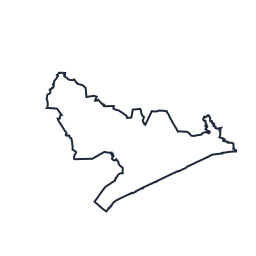 Krimūnu pag., Dobele, Latvia, rotated 141°
{"feature_id": "27541924B60795581291869", "entity_name": "Krimūnu pag.", "entity_type": "district", "adm_level": 2, "iso_a3": "LVA", "parent_name": "Latvia", "parent_adm1": "Dobele", "projection": "albers", "projection_center": [23.378, 56.558], "detail": "fine", "context": "isolated", "style": "outline", "palette": "slate", "viewbox_px": 256, "rotation_deg": 141, "n_neighbors": 0, "source": "geoboundaries", "source_scale": "gbopen_adm2", "svg_char_len": 5328}
<svg xmlns="http://www.w3.org/2000/svg" viewBox="0 0 256 256"><g transform="rotate(141 128 128)"><path d="M144.3,212.4L146.2,213.5L146.7,214.3L148.3,214.0L149.8,213.9L149.5,212.8L149.8,212.4L150.0,212.3L151.3,212.2L152.8,211.4L153.2,211.4L154.8,211.1L155.7,210.9L156.2,210.7L156.4,210.5L157.0,209.6L157.8,209.0L158.5,209.3L158.8,209.2L159.0,208.8L159.1,208.3L159.0,207.8L159.1,207.5L159.2,207.3L160.7,206.5L161.2,206.6L161.6,206.9L161.9,207.0L162.1,206.9L162.4,206.6L162.6,206.5L163.1,206.4L163.4,206.6L164.2,207.1L164.7,207.1L165.2,205.5L165.5,205.1L165.6,204.9L166.7,204.2L167.3,204.1L169.1,204.6L170.0,204.4L170.3,204.2L171.3,203.1L172.8,202.1L173.0,201.7L173.7,199.6L175.4,196.9L176.3,196.0L177.3,195.1L177.9,194.6L178.3,194.6L177.4,193.6L176.8,193.3L171.0,187.7L171.0,186.7L171.4,180.2L172.0,180.9L175.1,178.3L176.7,179.5L177.5,177.1L178.5,167.7L178.7,167.1L178.9,162.8L179.0,162.6L180.7,161.9L180.9,161.5L180.9,161.4L180.4,160.6L178.4,159.2L179.3,157.1L179.2,156.8L178.6,155.7L179.7,153.3L183.2,147.7L184.5,146.4L184.7,146.1L183.9,144.1L183.5,141.9L185.1,141.0L186.1,140.8L186.8,140.5L188.9,138.7L189.3,137.7L188.1,136.5L185.1,134.3L177.5,128.4L175.0,126.5L166.2,125.1L161.5,124.3L159.7,122.2L157.2,119.7L156.3,119.3L156.4,119.1L156.3,118.6L156.3,118.3L156.6,118.0L157.4,117.9L157.5,117.7L157.3,117.5L157.1,117.4L156.7,117.4L156.4,117.6L156.2,117.6L156.2,117.3L156.4,117.1L156.4,116.0L156.5,115.9L157.1,116.1L157.3,116.4L157.5,116.4L157.7,115.9L157.3,115.4L157.3,115.1L157.9,115.0L158.4,115.2L158.6,115.2L159.6,114.3L159.8,113.8L159.6,113.3L159.6,112.3L159.5,111.9L159.2,111.6L158.5,111.0L158.2,110.9L157.7,111.0L157.1,111.3L156.8,111.2L156.9,110.7L156.9,110.3L156.8,108.5L156.8,107.9L157.8,106.0L157.9,105.2L157.9,104.6L157.9,103.6L157.2,100.5L157.2,100.3L159.6,97.5L160.1,96.9L160.5,96.2L161.1,96.6L161.4,97.0L163.1,97.7L164.4,97.9L165.2,97.8L168.1,96.7L168.4,97.0L170.6,95.7L170.6,95.9L171.4,95.4L182.7,96.5L189.2,94.9L194.6,93.3L200.4,91.8L198.9,83.1L198.6,81.5L198.3,80.1L197.4,77.4L197.2,76.7L195.5,77.1L193.6,78.0L192.7,77.8L192.7,77.6L190.5,78.3L190.4,77.9L186.9,79.1L186.0,79.2L185.2,79.3L182.7,79.1L177.6,78.0L167.2,75.5L167.2,75.3L165.5,75.0L165.5,74.7L165.3,74.3L162.0,73.6L161.9,73.9L160.7,73.6L156.4,72.8L155.0,72.5L155.0,72.0L154.1,71.8L154.0,72.3L148.2,70.9L145.5,70.2L145.3,70.1L143.6,69.6L143.4,69.7L140.2,68.9L140.3,68.6L138.7,68.2L138.6,68.4L137.9,68.3L120.2,64.1L120.1,63.9L119.9,63.9L116.3,63.1L116.3,62.6L108.2,60.6L106.4,60.7L99.5,59.0L98.0,58.7L88.5,56.3L85.1,55.5L85.1,55.4L84.4,55.2L84.4,55.4L80.3,54.5L78.7,53.9L70.7,48.9L70.5,49.4L69.1,48.6L68.0,47.8L65.3,46.3L62.8,44.7L61.8,44.0L59.8,42.8L59.9,42.6L58.7,41.7L58.1,42.3L58.7,44.1L58.4,45.7L58.3,46.0L58.8,46.0L56.4,48.7L56.0,49.3L56.3,50.1L56.2,50.4L56.3,50.9L59.4,53.5L59.6,53.8L59.1,54.1L59.4,54.5L59.2,54.7L59.4,54.9L59.5,54.8L59.6,55.1L59.9,55.2L61.1,56.8L62.0,57.7L61.5,58.1L61.3,57.9L60.9,58.2L60.6,57.8L60.1,58.2L60.7,59.0L61.1,58.7L61.4,59.1L60.5,59.8L62.3,62.5L62.8,63.2L61.3,64.0L57.8,68.0L58.5,68.6L57.7,69.6L56.7,69.2L55.9,69.4L55.6,69.5L55.8,69.6L56.3,69.8L57.7,70.6L59.0,71.5L59.5,71.7L59.7,72.0L59.9,72.6L60.0,73.0L59.9,73.2L59.7,73.4L59.2,73.9L59.1,74.1L59.8,74.6L59.9,74.8L60.0,75.2L60.3,75.9L60.2,76.2L59.9,76.4L58.8,76.5L58.7,76.6L58.5,76.8L58.4,77.5L58.5,77.8L58.7,78.0L59.2,78.0L59.4,78.1L59.5,78.2L59.6,78.4L59.6,78.5L59.6,78.8L59.3,79.4L58.5,80.3L58.5,80.6L58.7,80.9L59.4,81.0L59.6,81.2L59.7,81.5L59.7,81.8L59.6,82.0L58.1,83.7L58.0,84.1L57.7,84.7L57.4,86.6L57.4,87.0L57.7,87.7L57.8,87.7L59.2,87.4L61.0,87.6L61.3,87.7L61.4,87.8L61.4,88.0L61.3,88.5L61.6,88.8L61.8,88.9L62.3,88.6L62.6,88.3L63.3,87.9L63.8,87.6L64.3,87.2L64.3,86.9L64.2,86.7L64.3,86.2L64.3,85.8L64.3,85.6L64.1,85.4L63.5,85.1L63.3,84.9L64.1,83.5L64.5,83.0L64.6,82.8L64.7,82.6L64.6,81.7L64.7,81.4L65.1,81.2L65.4,81.1L65.9,81.4L66.1,81.4L66.5,81.0L66.7,80.7L66.5,80.2L66.3,80.0L65.4,79.8L65.3,79.7L65.3,79.3L66.2,78.9L66.9,78.7L68.0,78.8L68.3,78.6L68.6,78.2L68.3,77.6L67.5,75.2L66.9,74.2L67.0,73.4L67.1,73.2L68.6,73.0L69.3,74.5L69.7,75.3L70.0,75.6L70.6,76.1L71.9,76.7L72.7,76.9L73.6,77.0L74.8,76.8L75.4,76.8L79.1,79.0L81.8,80.3L82.6,81.1L83.7,82.3L83.8,82.5L83.7,84.1L83.9,86.1L84.2,87.0L84.7,88.0L85.2,88.6L87.5,90.5L89.8,92.8L90.4,93.3L91.5,93.8L90.8,97.4L89.8,104.6L89.1,107.8L89.1,108.3L88.6,110.7L87.8,113.2L88.0,115.5L87.3,116.5L89.4,118.9L93.1,122.2L95.0,122.7L95.3,122.8L97.9,125.0L98.9,126.1L112.6,119.6L112.9,120.9L112.7,121.1L112.4,121.4L112.5,123.3L112.4,123.8L112.1,124.2L108.7,126.5L109.0,128.9L109.0,129.5L107.4,132.9L106.7,133.9L106.6,135.3L108.1,136.2L112.7,139.3L118.0,134.6L119.0,134.0L122.0,136.3L122.5,136.7L121.4,138.3L121.6,139.2L121.9,140.0L124.1,147.3L126.0,149.9L127.2,152.2L127.2,152.3L125.7,153.4L125.2,154.0L132.9,160.0L133.0,160.5L133.0,160.8L132.8,161.2L132.7,161.3L132.4,161.3L132.1,161.0L131.9,161.2L132.0,161.4L132.2,161.7L132.5,162.5L133.0,162.7L133.4,168.7L134.5,168.9L135.6,169.2L136.4,169.8L136.0,170.3L135.8,170.4L132.6,172.0L134.0,174.2L134.7,174.7L140.8,178.3L135.7,185.8L136.3,189.7L139.6,194.4L139.1,195.1L139.5,195.8L139.4,197.7L139.4,198.2L139.3,199.6L140.2,199.7L140.8,199.9L141.1,200.2L143.0,202.0L143.4,202.6L143.7,203.4L144.7,207.8L144.7,208.1L144.9,208.4L144.8,208.5L144.4,208.1L142.2,210.3L142.7,210.8L142.8,210.8L143.8,210.7L143.9,211.4L144.3,212.4Z" fill="none" stroke="#1e293b" stroke-width="2"/></g></svg>